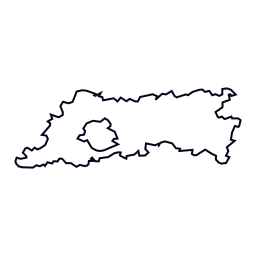 Flemish Brabant, Robinson projection
{"feature_id": "BEL-3475", "entity_name": "Flemish Brabant", "entity_type": "Province", "adm_level": 1, "iso_a3": "BEL", "parent_name": "Belgium", "parent_adm1": "", "projection": "robinson", "projection_center": [4.536, 50.87], "detail": "fine", "context": "isolated", "style": "outline", "palette": "ink", "viewbox_px": 256, "rotation_deg": 0, "n_neighbors": 0, "source": "natural_earth", "source_scale": "10m", "svg_char_len": 2220}
<svg xmlns="http://www.w3.org/2000/svg" viewBox="0 0 256 256"><path d="M52.1,163.5L47.4,162.3L45.0,166.0L43.7,164.5L39.7,166.2L36.4,165.3L32.9,167.6L22.3,167.3L18.6,166.3L16.2,163.7L15.4,161.3L16.6,157.7L20.6,158.8L26.3,157.7L26.5,156.5L22.9,152.6L25.1,148.7L27.3,147.7L31.8,150.5L34.7,147.6L37.2,149.4L40.1,148.4L45.3,144.9L47.9,138.8L46.3,135.6L41.9,134.9L50.0,125.6L50.2,123.3L47.7,121.5L52.3,118.8L50.8,114.6L58.7,117.3L62.7,115.0L62.8,112.2L60.4,106.2L63.0,101.8L68.6,103.3L72.6,101.9L76.7,91.5L82.6,90.2L86.8,90.8L95.4,93.9L94.2,95.4L95.3,95.8L100.7,93.0L99.0,96.3L102.3,97.1L103.1,100.3L113.7,98.3L117.5,101.4L120.7,97.6L126.5,101.2L129.7,98.9L135.2,101.4L137.8,101.5L140.1,97.0L152.7,94.3L157.4,96.4L155.4,99.8L162.2,93.8L166.0,94.4L171.7,91.0L174.6,96.1L176.8,97.3L185.9,94.4L188.0,95.2L192.6,91.9L199.3,89.8L202.6,89.6L205.0,91.9L209.4,90.9L212.2,95.2L215.6,94.2L219.2,95.9L222.3,94.4L222.3,89.0L227.1,88.4L231.0,89.8L235.7,94.6L231.3,96.0L230.4,94.3L228.7,94.7L229.8,99.8L222.6,102.4L222.5,107.2L215.5,112.1L217.8,116.9L219.0,117.6L221.8,116.6L224.7,119.1L231.4,116.6L232.0,118.4L238.1,118.4L240.6,120.2L239.1,126.2L238.3,126.9L234.9,126.0L232.1,132.4L230.9,139.7L234.7,140.8L226.9,147.2L228.3,151.2L226.0,155.7L229.4,157.2L226.0,163.0L221.4,163.6L218.8,162.6L215.9,159.6L216.0,155.8L211.8,153.8L205.2,149.6L196.7,155.0L194.1,155.3L191.9,153.9L192.5,149.9L179.4,151.0L180.1,148.7L176.0,148.3L172.2,143.4L165.0,141.4L160.3,142.8L158.8,145.5L158.1,143.9L155.1,145.3L146.0,143.4L145.3,149.0L148.5,152.4L145.1,155.5L139.3,155.7L138.4,151.0L134.3,154.6L126.7,156.0L126.3,158.7L120.8,156.1L119.9,155.1L120.7,152.5L118.2,152.3L114.4,153.2L108.1,157.1L99.7,158.2L98.7,161.4L95.4,161.3L92.1,157.6L90.8,158.8L92.7,160.9L88.9,161.0L88.4,164.3L87.2,165.5L84.7,166.1L79.9,164.9L76.5,166.8L70.8,163.1L66.1,163.2L62.4,159.0L60.7,158.5L59.0,159.0L57.7,161.4L53.5,161.3L52.1,163.5ZM118.1,144.3L112.4,140.9L113.8,139.0L117.5,138.6L114.7,131.7L107.8,128.2L110.5,126.0L110.6,123.9L107.9,120.2L104.9,118.3L100.4,121.8L93.0,120.8L86.6,123.4L83.3,128.5L85.1,131.0L84.0,134.7L79.6,135.3L77.5,138.6L84.0,141.5L87.2,140.2L91.7,147.9L96.5,150.5L100.3,151.0L104.0,150.3L118.1,144.3Z" fill="none" stroke="#020617" stroke-width="2"/></svg>